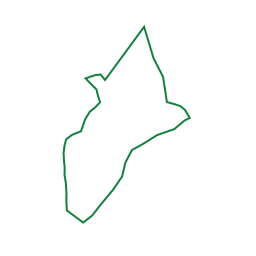 the district of Sertãozinho, Paraíba, Brazil, rotated 103°
{"feature_id": "56859067B84212218420473", "entity_name": "Sertãozinho", "entity_type": "district", "adm_level": 2, "iso_a3": "BRA", "parent_name": "Brazil", "parent_adm1": "Paraíba", "projection": "albers", "projection_center": [-35.418, -6.737], "detail": "fine", "context": "isolated", "style": "outline", "palette": "green", "viewbox_px": 256, "rotation_deg": 103, "n_neighbors": 0, "source": "geoboundaries", "source_scale": "gbopen_adm2", "svg_char_len": 672}
<svg xmlns="http://www.w3.org/2000/svg" viewBox="0 0 256 256"><g transform="rotate(103 128 128)"><path d="M222.1,169.0L230.2,150.4L221.2,143.1L210.3,138.1L190.9,128.4L176.4,122.8L162.4,122.8L148.6,119.2L139.0,108.6L128.4,98.1L118.7,82.7L108.0,74.6L104.3,70.1L97.7,76.4L94.9,81.7L94.3,88.1L94.0,95.9L70.2,105.4L54.6,118.6L25.8,135.1L80.9,158.8L86.4,161.2L82.0,166.7L84.0,172.1L89.2,180.5L94.3,172.7L97.5,167.4L104.0,164.2L109.1,161.0L115.2,164.5L120.9,169.0L129.3,171.7L141.8,173.1L147.2,180.9L152.8,185.7L159.4,185.9L167.1,185.1L174.6,182.9L181.2,180.7L188.0,179.3L195.3,176.3L205.3,173.3L212.4,171.8L222.1,169.0Z" fill="none" stroke="#15803d" stroke-width="2"/></g></svg>